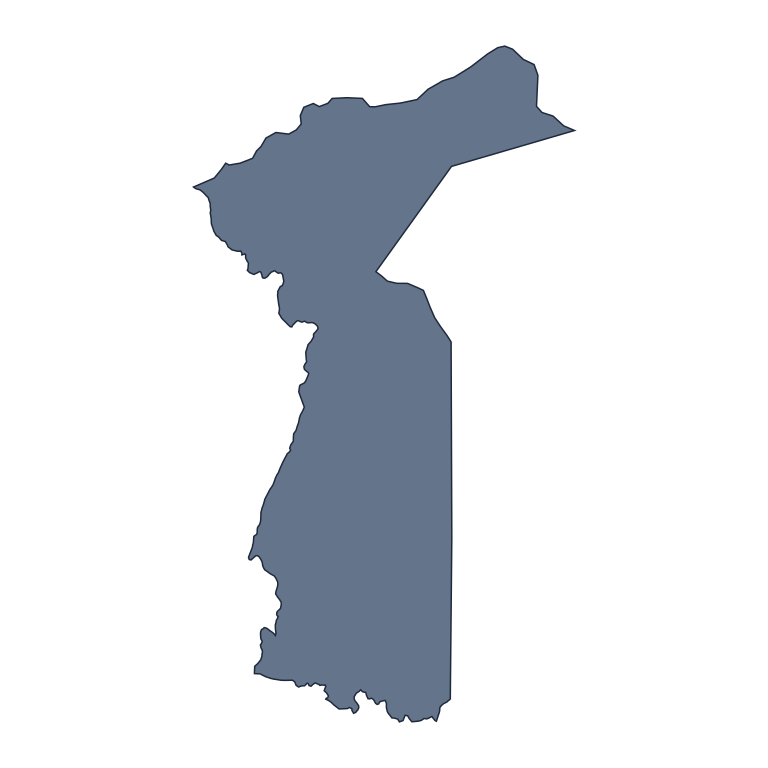 Ayene, Wele-Nzás, Equatorial Guinea
{"feature_id": "11065452B61336086634219", "entity_name": "Ayene", "entity_type": "district", "adm_level": 2, "iso_a3": "GNQ", "parent_name": "Equatorial Guinea", "parent_adm1": "Wele-Nzás", "projection": "robinson", "projection_center": [10.614, 1.791], "detail": "fine", "context": "isolated", "style": "filled", "palette": "slate", "viewbox_px": 768, "rotation_deg": 0, "n_neighbors": 0, "source": "geoboundaries", "source_scale": "gbopen_adm2", "svg_char_len": 4904}
<svg xmlns="http://www.w3.org/2000/svg" viewBox="0 0 768 768"><path d="M449.7,699.7L450.3,698.9L451.8,538.2L451.1,341.9L447.0,335.5L440.6,326.7L434.8,317.9L430.1,307.2L427.1,299.4L423.4,290.4L417.9,287.8L407.6,283.4L396.6,283.3L387.3,281.1L381.6,276.0L375.9,271.7L451.5,166.4L574.5,130.5L563.6,125.8L553.1,116.1L542.0,112.5L536.5,106.3L537.9,75.3L534.1,64.6L523.3,59.4L512.6,49.2L504.8,46.1L497.7,47.7L487.8,53.8L470.6,67.0L454.2,77.2L442.8,80.8L428.1,89.2L417.0,99.6L400.1,103.1L385.9,104.6L375.2,106.8L369.7,106.7L362.4,98.4L347.0,97.7L335.2,98.3L332.2,98.4L327.9,103.3L319.3,106.6L313.3,103.5L303.8,107.3L300.3,115.6L301.2,124.0L296.3,129.9L288.7,134.1L275.9,132.5L266.0,138.0L261.0,146.5L256.5,151.0L252.6,158.3L249.9,159.3L249.6,159.5L240.0,163.2L229.1,165.0L225.7,163.2L221.3,169.5L214.3,178.0L193.5,187.0L194.8,188.0L195.9,188.7L200.1,189.9L203.2,192.4L206.5,195.9L208.3,197.7L208.7,199.4L210.2,203.6L210.2,206.4L210.8,210.6L210.2,212.7L211.1,218.0L211.4,223.9L212.9,228.1L213.9,231.3L216.3,235.5L218.5,236.9L221.5,240.4L225.3,241.5L227.3,244.9L228.0,246.7L231.8,249.8L236.3,251.0L238.7,251.3L240.8,251.1L241.8,253.0L241.9,254.9L244.8,254.0L245.6,254.5L245.6,257.9L247.2,261.3L248.1,262.4L248.4,263.2L248.0,268.5L247.3,270.3L249.6,272.6L252.6,273.9L254.0,274.4L255.6,273.6L257.2,272.9L259.4,271.6L260.6,271.9L261.4,273.5L262.0,275.4L262.2,277.0L263.1,278.1L265.0,278.1L266.7,277.1L267.8,276.1L268.9,274.6L271.2,272.2L274.7,270.7L276.6,272.2L278.2,273.2L280.8,272.8L282.5,274.4L283.8,281.2L283.0,284.1L281.8,286.1L280.4,286.4L277.8,291.3L277.8,292.9L277.6,294.5L277.6,295.9L278.7,304.2L279.5,308.4L279.3,310.6L278.8,313.3L281.7,318.2L283.9,320.5L285.4,321.9L287.4,324.0L290.2,326.7L291.8,326.9L292.7,325.2L295.8,322.0L297.5,320.6L298.7,320.9L300.4,321.6L301.9,322.2L303.8,321.4L304.7,321.2L306.0,322.1L307.5,322.8L309.6,322.8L311.8,322.5L313.3,322.9L315.1,323.8L317.5,326.2L318.1,328.4L317.4,329.6L315.7,331.8L313.7,333.8L313.5,335.1L313.6,336.9L311.1,341.3L308.1,344.6L306.9,348.7L305.8,352.1L306.0,356.3L306.4,360.7L306.6,361.9L305.1,363.9L303.9,366.5L304.0,367.6L304.5,369.5L307.1,371.8L308.1,372.4L308.6,373.3L308.4,374.7L305.9,380.6L305.2,381.7L304.3,382.9L303.1,383.6L300.2,385.0L299.6,386.0L299.3,387.9L298.8,391.8L299.5,394.0L304.3,407.1L302.6,411.1L300.4,415.0L299.4,418.2L298.6,422.6L297.2,426.4L296.0,430.5L293.7,433.7L293.4,437.0L293.3,441.3L290.8,444.8L289.7,448.2L290.6,450.4L289.1,452.2L287.3,453.7L282.9,462.0L279.5,469.7L278.5,472.5L277.1,474.6L275.5,477.9L274.2,481.7L273.0,484.8L271.6,487.1L270.0,489.3L269.0,491.2L267.3,494.5L264.9,499.1L264.1,502.1L263.1,505.4L262.2,507.7L261.4,510.7L260.9,512.8L260.9,516.2L260.6,521.3L259.5,524.8L258.3,526.2L257.5,527.7L257.2,529.9L257.2,532.0L256.8,534.2L256.1,534.8L254.7,535.6L253.8,536.5L253.6,539.2L253.3,542.9L252.5,545.7L252.5,546.9L248.5,557.3L249.2,559.5L251.0,560.0L255.7,555.8L257.4,555.6L258.9,556.6L260.6,559.0L262.1,561.9L262.5,564.1L262.7,565.7L263.7,568.1L264.9,570.0L266.4,570.9L268.8,572.7L270.5,573.9L274.2,575.9L275.7,577.9L277.7,582.0L277.8,584.7L277.3,587.3L276.0,591.3L275.6,593.9L277.9,597.5L279.6,599.6L281.2,602.4L281.2,604.8L280.5,608.4L277.3,611.5L276.8,612.7L276.7,614.7L277.3,615.8L278.2,616.4L277.5,618.3L276.3,620.4L276.1,622.0L275.3,625.0L275.4,628.1L275.5,629.9L276.0,633.5L275.4,635.5L273.7,633.4L271.7,631.9L269.9,630.7L267.6,628.8L266.0,628.0L264.2,627.6L262.9,629.0L261.5,629.5L260.6,632.1L260.5,634.7L260.9,638.9L262.0,640.8L262.1,641.9L261.1,644.1L260.4,644.9L261.0,647.8L261.9,649.5L262.4,651.2L262.4,652.8L262.0,653.9L261.9,656.2L260.8,659.7L258.6,662.5L257.3,664.0L254.7,666.3L254.5,671.1L254.4,673.6L256.5,673.7L260.2,673.9L263.2,675.5L264.5,676.1L265.9,676.8L268.2,677.5L270.7,678.4L273.7,679.1L277.8,679.7L280.6,680.2L284.8,680.4L292.4,680.2L294.7,681.8L296.1,685.3L298.6,687.0L301.7,685.9L304.6,685.8L307.2,683.2L308.2,683.6L309.1,685.6L311.1,686.2L312.7,684.6L315.2,682.9L319.1,684.6L319.9,685.4L321.6,685.0L325.4,685.2L325.7,686.8L325.0,688.3L324.2,690.8L326.5,692.8L328.4,695.9L327.7,697.8L326.2,698.3L325.8,699.2L328.4,700.4L331.1,702.2L333.6,704.7L339.1,709.0L347.3,708.6L349.4,707.5L351.8,708.6L351.9,710.3L353.6,713.3L355.7,712.4L357.9,709.8L358.8,707.6L358.6,705.7L356.9,703.1L355.1,701.0L354.1,698.7L354.3,696.6L356.3,693.2L359.1,691.4L360.7,689.8L362.4,691.7L365.8,692.5L366.5,695.3L368.0,698.7L369.7,698.9L371.5,698.2L372.8,699.0L374.0,700.3L375.5,703.2L377.1,704.4L378.7,703.9L379.6,702.0L381.5,701.2L385.1,700.4L386.4,703.3L386.4,707.7L387.3,711.5L388.6,713.8L389.9,715.3L392.0,718.0L393.9,718.0L397.7,719.1L399.4,721.9L403.0,720.6L405.1,715.3L407.7,715.8L409.3,718.7L411.9,721.8L418.6,721.1L421.3,720.4L424.1,718.5L426.8,718.9L429.4,717.8L431.9,716.5L432.9,717.9L435.0,720.5L436.4,721.2L439.4,712.0L439.7,710.4L439.8,707.6L441.6,705.3L443.3,703.9L444.3,703.2L446.2,702.4L446.5,702.2L446.9,702.0L448.7,700.3L449.7,699.7Z" fill="#64748b" stroke="#1e293b" stroke-width="1.5"/></svg>